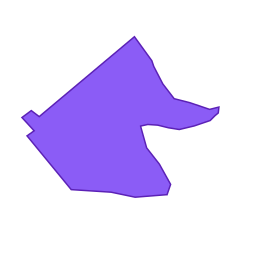 the district of Yeonsu-gu, South Korea, rotated 50°
{"feature_id": "91817680B14745943099772", "entity_name": "Yeonsu-gu", "entity_type": "district", "adm_level": 2, "iso_a3": "KOR", "parent_name": "South Korea", "parent_adm1": "", "projection": "equal_earth", "projection_center": [126.672, 37.385], "detail": "fine", "context": "isolated", "style": "filled", "palette": "violet", "viewbox_px": 256, "rotation_deg": 50, "n_neighbors": 0, "source": "geoboundaries", "source_scale": "gbopen_adm2", "svg_char_len": 541}
<svg xmlns="http://www.w3.org/2000/svg" viewBox="0 0 256 256"><g transform="rotate(50 128 128)"><path d="M91.8,66.5L62.2,64.4L62.2,188.7L52.5,190.9L51.8,202.5L69.8,201.7L69.1,210.4L138.7,211.1L166.3,182.2L185.6,167.0L203.9,141.3L204.2,141.0L198.6,131.6L175.9,127.2L155.2,126.5L134.9,117.3L134.6,117.1L138.0,110.6L144.9,103.4L153.8,96.9L162.1,89.7L169.0,75.9L175.1,60.2L174.5,53.5L174.5,49.9L174.5,49.2L170.4,44.9L166.2,53.5L148.3,64.4L135.2,73.8L116.6,73.0L97.4,68.7L91.8,66.5Z" fill="#8b5cf6" stroke="#5b21b6" stroke-width="1.5"/></g></svg>